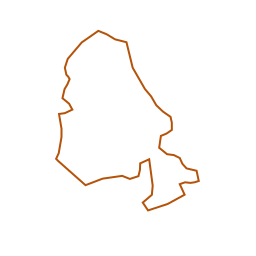 Nisporeni, Robinson projection, rotated 33°
{"feature_id": "MDA-1642", "entity_name": "Nisporeni", "entity_type": "District", "adm_level": 1, "iso_a3": "MDA", "parent_name": "Moldova", "parent_adm1": "", "projection": "robinson", "projection_center": [28.24, 47.078], "detail": "fine", "context": "isolated", "style": "outline", "palette": "amber", "viewbox_px": 256, "rotation_deg": 33, "n_neighbors": 0, "source": "natural_earth", "source_scale": "10m", "svg_char_len": 837}
<svg xmlns="http://www.w3.org/2000/svg" viewBox="0 0 256 256"><g transform="rotate(33 128 128)"><path d="M84.5,193.0L83.6,186.8L77.2,171.9L72.7,164.9L62.5,153.8L66.9,150.0L71.3,142.9L65.4,139.7L56.8,138.7L53.6,129.9L53.4,124.3L52.4,118.8L49.9,117.5L47.3,116.9L42.2,111.8L39.8,102.8L42.6,81.4L50.2,62.7L59.1,61.0L68.8,60.7L80.0,56.9L99.1,74.9L121.0,86.1L130.2,88.9L139.3,93.5L148.4,95.2L157.6,95.5L161.8,99.6L165.8,105.7L163.4,111.6L159.9,116.7L164.9,127.6L175.0,128.7L181.3,125.7L187.8,125.0L193.1,128.4L199.1,130.0L208.8,126.5L216.2,133.9L213.5,137.2L210.3,140.0L205.4,142.5L202.0,146.9L211.8,153.1L202.7,170.0L189.7,186.2L181.0,182.5L184.4,171.0L180.1,162.9L162.8,142.7L157.5,151.0L160.8,156.6L163.0,162.7L157.3,169.7L149.2,171.3L134.3,184.3L123.5,199.1L87.5,193.7L84.5,193.0Z" fill="none" stroke="#b45309" stroke-width="2"/></g></svg>